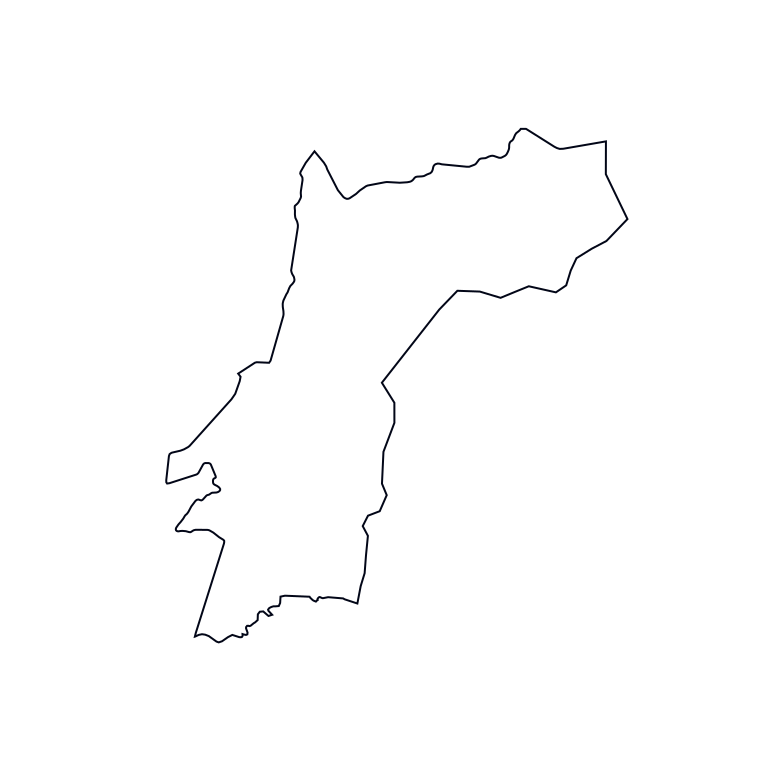 the border of Hadjer-Lamis, rotated 287°
{"feature_id": "TCD-1464", "entity_name": "Hadjer-Lamis", "entity_type": "Prefecture", "adm_level": 1, "iso_a3": "TCD", "parent_name": "Chad", "parent_adm1": "", "projection": "orthographic", "projection_center": [15.964, 12.449], "detail": "fine", "context": "isolated", "style": "outline", "palette": "ink", "viewbox_px": 768, "rotation_deg": 287, "n_neighbors": 0, "source": "natural_earth", "source_scale": "10m", "svg_char_len": 4173}
<svg xmlns="http://www.w3.org/2000/svg" viewBox="0 0 768 768"><g transform="rotate(287 384 384)"><path d="M101.8,322.4L100.7,322.2L100.0,321.3L99.6,319.6L99.7,312.3L96.3,308.8L90.6,304.3L88.6,301.5L88.7,299.1L91.7,290.2L92.0,286.3L91.5,283.1L89.9,280.2L87.3,277.3L87.1,277.0L90.8,276.8L184.5,277.6L186.2,277.4L187.5,276.9L188.1,275.7L189.3,271.1L192.0,264.2L193.0,259.8L193.0,258.6L192.8,257.5L189.5,246.5L189.0,245.6L188.5,244.8L187.8,244.1L186.3,242.9L185.7,242.2L185.4,241.1L185.3,237.5L184.6,234.2L183.9,232.3L183.0,230.6L182.8,229.6L182.9,228.6L183.4,227.8L184.4,227.3L185.8,227.3L189.6,228.5L192.6,229.9L196.6,231.4L198.8,231.9L199.9,232.2L200.8,232.6L201.6,233.2L202.9,233.8L204.8,234.4L210.5,235.5L216.9,237.8L217.7,238.3L218.4,238.8L218.9,239.5L219.3,240.4L219.2,242.5L219.3,243.4L219.9,244.1L220.6,244.6L225.3,246.8L226.0,247.4L227.0,249.0L227.7,249.6L228.5,250.2L229.2,250.8L229.8,251.5L231.2,255.4L231.7,256.2L232.3,257.0L233.0,257.6L233.8,258.1L234.7,258.3L235.7,258.0L236.8,256.7L237.3,255.4L237.7,254.2L238.1,251.8L238.4,250.7L238.9,249.9L239.5,249.5L240.1,249.2L241.6,248.7L242.7,248.6L243.6,248.8L245.0,250.2L245.7,250.4L246.7,249.9L256.3,242.0L256.9,241.2L257.1,240.3L257.1,239.3L256.2,236.3L255.7,235.5L255.0,234.9L254.0,234.5L244.9,232.6L244.0,232.2L243.2,231.7L242.6,231.1L226.4,207.8L225.4,205.7L226.3,204.6L228.3,203.9L252.2,199.4L254.3,199.5L255.5,200.4L256.3,201.2L260.7,208.8L263.0,211.8L266.4,215.1L268.0,216.2L290.4,226.6L324.8,242.6L331.1,244.6L344.5,245.2L349.0,244.7L351.3,241.5L366.6,254.3L367.6,255.9L370.7,267.9L373.2,268.7L419.7,267.8L421.5,267.5L424.3,266.5L428.1,264.7L431.0,263.7L432.5,263.5L434.4,263.4L441.3,264.4L443.4,265.0L447.9,265.3L450.4,265.8L453.1,267.2L455.1,267.9L456.3,268.1L457.5,267.9L459.1,267.1L460.2,266.4L462.2,264.2L463.7,263.0L465.4,262.0L508.6,255.8L510.8,255.2L512.5,254.3L514.1,253.3L516.9,250.7L518.3,250.0L520.2,249.2L524.0,248.1L525.8,247.3L527.3,246.8L528.3,246.7L531.1,248.4L532.7,249.1L537.3,249.9L538.9,249.9L542.2,248.6L544.3,248.1L555.1,246.5L556.6,246.0L557.7,245.5L560.2,242.8L560.9,242.3L562.5,242.2L572.7,244.5L586.2,249.5L578.1,261.8L575.2,265.1L572.6,267.0L555.9,283.2L551.0,290.4L550.6,291.4L550.3,292.6L550.2,294.1L550.5,295.2L551.0,296.1L551.7,296.9L557.6,301.7L562.0,304.3L567.8,308.9L569.0,310.3L577.2,325.9L578.0,327.7L581.1,340.3L583.7,347.2L584.9,349.5L585.5,350.3L586.1,351.0L586.9,351.5L587.8,352.1L589.7,352.8L590.6,353.3L591.3,353.9L592.0,355.1L593.7,359.7L594.5,361.3L595.4,362.3L596.9,363.8L598.5,365.8L599.1,366.6L599.9,367.1L600.8,367.6L601.9,367.8L603.1,367.9L605.5,367.7L606.7,367.7L608.0,368.1L609.2,368.9L610.5,370.9L610.9,372.7L611.0,375.1L615.9,399.3L616.7,402.0L620.2,406.5L620.9,407.1L621.7,407.6L626.4,409.3L627.1,409.8L627.8,410.6L628.4,411.8L629.6,414.9L630.3,415.8L632.1,417.7L633.4,419.6L634.0,421.0L634.2,422.4L634.0,427.7L634.3,429.1L634.8,430.1L637.4,432.8L638.2,433.4L639.1,433.9L640.1,434.2L642.4,434.6L644.7,434.8L645.8,434.7L646.9,434.5L648.9,433.9L650.0,433.7L651.1,433.7L652.2,433.9L653.0,434.3L654.5,435.5L655.4,435.8L656.4,436.1L660.4,436.5L661.5,436.8L662.5,437.1L664.1,438.2L664.9,438.8L666.5,439.7L668.0,440.2L669.5,445.3L660.7,477.6L660.2,480.4L660.2,483.3L661.4,486.7L680.9,525.3L649.5,534.8L612.9,568.6L585.8,554.9L574.1,543.1L560.6,531.3L547.0,529.4L531.6,529.4L521.9,521.6L519.8,493.9L510.2,482.1L500.5,470.3L500.4,448.6L494.6,426.9L471.4,415.1L384.6,381.6L369.1,399.4L349.9,405.3L319.0,403.3L288.1,411.2L278.5,419.1L261.1,417.1L253.4,407.2L241.9,405.2L234.1,413.0L214.8,416.9L197.4,420.8L183.9,420.8L166.3,422.7L166.6,409.3L167.0,407.6L163.8,392.9L161.3,388.2L161.2,387.3L161.5,385.1L161.3,384.4L160.3,383.7L159.1,383.3L158.3,383.4L158.7,384.3L157.1,382.9L156.3,382.8L156.0,382.4L156.2,380.3L156.5,379.0L158.0,376.0L158.8,375.0L152.6,351.2L150.4,347.2L144.2,348.7L140.9,348.3L139.6,345.1L139.1,343.3L137.8,341.4L136.2,339.8L134.4,339.1L133.4,339.7L130.6,344.5L128.4,341.3L131.2,335.0L129.9,331.8L126.9,330.7L121.3,332.2L118.3,330.4L117.1,329.3L113.8,327.1L113.1,326.0L113.1,324.8L112.7,323.8L111.2,323.2L110.0,323.5L106.4,326.2L104.6,326.5L103.7,325.4L103.5,323.7L103.5,321.8L101.8,322.4Z" fill="none" stroke="#020617" stroke-width="2"/></g></svg>